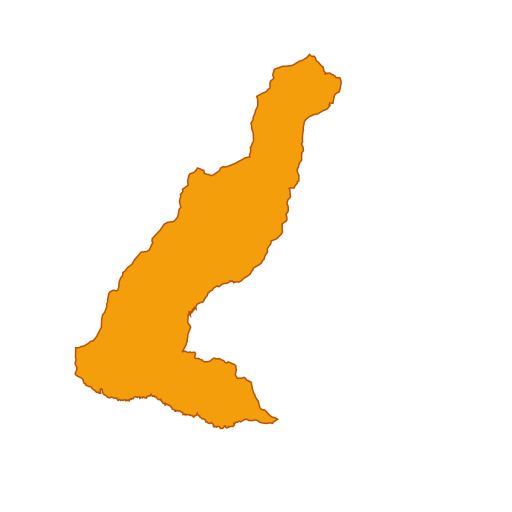 the district of Malaia, Vâlcea, Romania, rotated 122°
{"feature_id": "2599482B8038604719610", "entity_name": "Malaia", "entity_type": "district", "adm_level": 2, "iso_a3": "ROU", "parent_name": "Romania", "parent_adm1": "Vâlcea", "projection": "natural_earth1", "projection_center": [23.936, 45.412], "detail": "fine", "context": "isolated", "style": "filled", "palette": "amber", "viewbox_px": 512, "rotation_deg": 122, "n_neighbors": 0, "source": "geoboundaries", "source_scale": "gbopen_adm2", "svg_char_len": 6116}
<svg xmlns="http://www.w3.org/2000/svg" viewBox="0 0 512 512"><g transform="rotate(122 256 256)"><path d="M313.5,355.4L323.7,357.0L328.8,356.8L334.0,358.8L338.2,359.0L340.4,360.1L343.3,358.8L346.2,359.1L350.2,358.4L355.7,355.7L357.9,355.1L359.5,355.8L360.6,358.9L363.9,360.9L365.7,360.9L372.1,358.5L373.4,357.5L375.7,357.1L378.2,355.6L383.8,354.5L387.2,354.8L391.3,353.4L398.3,349.4L409.0,348.5L414.1,349.1L416.4,351.3L418.8,351.7L423.6,354.3L424.5,355.0L424.9,356.0L427.5,357.4L429.4,360.3L437.8,355.2L438.4,354.3L440.0,353.3L443.1,352.5L445.2,349.2L446.6,348.2L448.1,347.5L451.2,347.2L452.2,346.4L452.5,343.2L452.0,340.1L452.1,338.0L453.1,336.5L454.7,335.2L455.0,333.9L454.6,333.1L455.6,332.3L455.4,328.9L454.3,326.6L455.2,324.9L455.6,320.6L456.1,319.4L455.4,317.5L454.9,317.3L455.5,316.5L454.9,315.0L451.6,317.4L450.6,316.9L451.0,316.3L450.7,315.6L453.3,313.6L454.1,311.1L453.9,310.5L454.0,308.3L454.5,306.9L453.7,304.8L451.9,303.6L452.0,301.3L450.1,298.8L451.3,297.5L451.6,296.4L449.9,295.7L450.3,294.3L449.4,293.8L449.0,292.3L447.3,291.3L447.8,290.0L446.9,289.8L447.2,288.9L447.0,288.6L445.7,288.2L446.1,286.7L443.7,286.9L443.5,285.7L442.9,285.9L442.0,284.5L440.3,284.6L439.0,283.5L438.8,281.7L437.2,280.8L437.2,280.1L438.2,279.1L437.0,278.7L436.5,277.1L435.7,277.4L435.0,276.9L434.9,276.2L435.3,275.7L434.7,273.7L432.8,273.8L432.2,273.2L431.1,272.8L431.0,271.7L428.8,271.6L429.8,269.7L429.2,268.5L428.3,267.9L429.1,267.1L428.5,265.8L429.2,264.5L429.5,262.3L427.9,260.7L428.9,260.2L429.2,258.4L430.2,257.1L429.9,255.7L429.0,255.1L430.6,254.2L430.3,253.8L428.8,253.4L429.1,252.2L428.5,249.2L429.2,248.0L429.3,246.9L430.2,246.0L429.8,244.7L430.0,244.0L429.6,243.3L430.6,242.4L430.3,241.8L429.2,241.6L428.6,239.4L427.6,238.5L428.0,236.4L427.6,235.2L429.2,233.8L427.9,232.7L428.4,231.8L427.5,231.6L427.5,230.6L426.2,229.3L426.3,228.2L425.6,227.4L425.8,226.5L425.2,225.7L425.6,223.4L424.4,223.4L422.9,222.1L420.8,222.5L421.6,221.7L421.5,220.2L421.9,219.6L421.6,218.9L422.4,218.1L422.1,216.6L422.7,215.7L421.8,213.9L422.1,212.7L421.8,212.1L423.3,210.5L422.6,209.7L423.1,208.5L422.6,206.3L421.0,205.7L421.3,203.2L423.1,201.7L422.8,201.4L423.0,200.7L421.8,199.9L422.2,198.9L420.6,198.1L420.2,196.4L421.1,194.8L419.9,192.9L416.7,192.5L416.3,191.9L417.3,191.1L417.3,189.6L416.1,188.8L415.0,189.2L414.8,188.9L415.2,188.2L412.9,185.8L412.8,185.2L411.1,184.7L409.7,186.2L409.3,185.1L407.9,185.2L406.3,183.2L404.8,182.5L404.8,181.2L401.0,179.2L399.7,177.8L399.3,177.1L399.3,174.6L398.8,174.4L397.9,172.2L395.4,170.0L394.8,167.7L395.0,165.0L394.6,163.0L392.6,158.6L389.8,155.3L389.3,153.4L386.7,153.0L383.0,151.1L383.0,153.7L384.1,157.1L383.7,160.4L381.9,166.9L383.1,169.6L383.0,171.1L382.4,172.5L378.0,177.2L375.7,182.2L374.3,183.4L373.6,185.2L370.6,188.7L365.6,193.1L366.1,195.6L365.7,195.9L365.7,196.8L366.3,197.9L365.2,200.6L365.2,201.6L367.3,203.5L369.6,207.1L367.6,210.7L362.7,212.4L362.3,213.2L359.9,214.9L359.4,216.0L360.5,223.6L362.0,224.0L362.8,225.2L361.8,228.1L362.5,230.8L362.3,232.4L363.7,234.2L365.1,237.8L369.3,239.2L371.2,240.9L373.1,243.8L373.2,245.2L372.7,246.9L373.4,248.6L373.2,250.4L374.3,251.8L374.9,253.5L374.2,254.5L370.7,255.6L370.1,257.0L372.1,259.6L372.2,260.9L373.8,262.5L374.7,267.1L376.8,267.7L368.3,268.2L365.9,269.1L364.7,269.1L362.9,270.4L361.2,270.8L358.5,272.3L351.2,273.6L350.0,275.1L348.6,278.7L342.0,282.2L339.9,282.4L338.2,283.6L339.6,281.8L340.9,281.3L341.4,280.0L340.2,280.9L338.5,281.0L337.3,282.1L338.4,280.0L337.5,280.7L336.6,280.3L336.1,281.2L335.3,280.3L334.6,281.2L334.4,280.3L333.6,280.7L333.4,280.2L332.4,280.8L332.7,278.7L331.3,280.1L328.1,280.4L325.3,278.7L322.9,276.5L317.3,276.8L315.8,276.3L312.9,277.1L311.5,276.4L310.4,276.5L308.3,275.0L306.0,275.0L303.6,274.0L301.9,273.1L302.0,271.6L301.5,271.0L297.7,269.7L296.1,268.5L295.3,267.0L292.9,265.1L290.8,264.7L290.7,263.6L289.7,263.0L290.1,261.9L289.6,261.2L290.4,260.8L287.5,258.1L287.2,256.7L284.7,255.3L281.7,254.7L277.2,252.4L274.5,251.4L271.2,251.7L269.3,251.3L267.7,251.8L259.8,247.8L255.3,247.9L254.4,247.5L251.3,248.4L246.4,248.4L244.0,250.2L240.9,250.3L237.8,249.9L235.4,251.1L230.0,247.4L223.6,246.1L221.5,246.3L219.9,247.7L214.9,250.9L210.1,248.8L208.7,249.1L207.4,249.9L204.4,252.8L202.2,252.3L199.9,252.9L196.5,255.4L195.4,257.4L192.0,258.7L187.7,258.1L181.6,262.7L181.3,263.9L179.7,262.6L178.8,260.4L178.0,259.8L175.4,260.1L172.8,259.5L171.0,260.2L169.8,259.4L165.1,262.2L162.9,265.3L160.9,267.0L158.2,267.1L154.4,268.5L150.5,268.1L145.7,271.2L143.6,271.9L141.6,271.5L138.7,273.9L136.8,276.9L134.5,277.0L131.7,279.0L126.3,281.8L124.1,282.4L122.8,283.6L116.7,286.1L114.6,286.2L110.2,285.1L104.7,281.3L103.3,279.3L97.9,276.5L93.4,273.4L88.8,273.0L89.1,273.8L88.8,274.3L86.8,274.6L86.3,272.4L85.7,271.7L79.5,274.2L77.2,274.6L74.4,273.6L72.9,272.4L70.8,272.9L63.8,275.6L60.7,278.7L60.6,279.7L62.4,282.8L61.5,284.5L61.7,285.9L61.4,286.8L62.2,288.2L61.7,289.2L61.7,290.3L64.0,293.4L64.7,293.3L65.0,293.8L63.7,294.3L63.3,296.2L60.2,299.1L60.1,301.2L58.6,306.0L58.5,307.5L57.7,309.6L56.6,310.4L55.9,311.9L55.9,313.0L56.9,313.9L57.3,315.1L56.8,317.1L56.1,317.6L57.2,317.4L61.0,318.1L65.5,320.4L67.7,322.4L75.0,326.1L79.9,331.9L80.7,333.8L82.1,334.3L82.5,335.1L88.0,339.4L93.4,337.8L94.4,337.0L95.4,335.2L96.3,335.1L99.9,336.4L102.4,335.6L106.0,333.1L108.6,334.1L111.4,334.4L113.7,336.3L120.3,340.0L122.2,337.7L127.8,334.0L133.3,333.4L135.0,332.6L140.2,331.8L141.8,330.7L146.1,330.6L147.9,328.7L150.7,326.7L152.8,323.8L160.0,318.9L162.9,318.8L165.2,318.2L166.9,318.4L168.6,316.9L170.9,315.6L173.4,315.2L175.2,313.8L178.4,317.1L188.6,322.8L194.6,327.2L196.7,329.1L197.7,331.2L200.1,332.6L203.0,332.2L210.4,335.4L211.8,337.0L211.8,339.2L212.5,340.4L213.4,343.6L211.0,345.6L211.7,347.4L211.7,349.5L212.4,352.3L215.1,352.2L217.8,352.9L221.6,355.7L223.2,355.6L228.8,353.7L231.7,351.0L238.5,353.7L239.3,352.6L240.4,352.1L243.8,352.7L245.6,351.3L250.3,349.9L254.7,345.4L256.1,345.9L257.6,345.8L262.7,343.6L264.7,343.2L268.2,343.5L270.6,344.2L274.1,348.7L277.3,350.5L279.5,350.8L284.5,350.9L296.3,353.2L298.7,352.0L298.9,350.8L307.4,349.7L310.1,351.0L313.5,355.4Z" fill="#f59e0b" stroke="#b45309" stroke-width="1.5"/></g></svg>